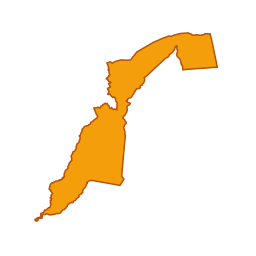 Igembe Central, Eastern, Kenya, rotated 97°
{"feature_id": "3690345B70498422733273", "entity_name": "Igembe Central", "entity_type": "district", "adm_level": 2, "iso_a3": "KEN", "parent_name": "Kenya", "parent_adm1": "Eastern", "projection": "orthographic", "projection_center": [38.046, 0.325], "detail": "fine", "context": "isolated", "style": "filled", "palette": "amber", "viewbox_px": 256, "rotation_deg": 97, "n_neighbors": 0, "source": "geoboundaries", "source_scale": "gbopen_adm2", "svg_char_len": 5931}
<svg xmlns="http://www.w3.org/2000/svg" viewBox="0 0 256 256"><g transform="rotate(97 128 128)"><path d="M179.3,125.9L178.8,126.1L176.7,128.4L147.8,129.4L135.5,129.7L134.5,130.4L133.1,130.4L132.0,130.6L128.1,132.4L125.1,131.6L123.6,130.3L122.5,130.5L121.2,132.0L120.4,132.1L119.3,133.7L118.7,134.3L116.9,133.8L115.7,132.7L113.3,131.7L112.8,131.3L111.6,131.1L110.8,130.9L110.5,131.0L109.8,131.0L107.7,131.6L106.8,131.6L106.0,131.0L104.7,129.4L104.2,129.2L103.6,128.7L103.2,128.7L102.4,131.5L102.0,132.1L101.7,132.9L101.3,132.8L101.1,132.5L100.8,132.7L99.8,132.1L100.0,131.8L99.4,131.7L98.3,131.0L97.7,129.2L97.2,128.5L94.7,127.4L93.3,126.4L92.5,126.3L91.4,126.4L91.2,126.1L91.3,125.8L91.0,125.4L90.5,125.5L90.2,125.3L89.5,125.1L89.0,124.5L88.1,124.3L87.8,124.0L87.7,122.5L87.3,121.6L86.8,121.3L86.7,120.8L86.3,120.6L85.1,121.0L84.0,120.3L83.7,119.8L83.7,119.2L82.7,119.0L80.9,117.8L78.5,117.3L77.1,117.5L76.8,117.9L76.4,118.1L75.2,117.5L74.8,116.5L53.8,98.9L53.4,97.7L53.1,97.6L52.7,96.9L51.6,96.1L50.6,96.0L50.3,96.0L50.0,95.9L49.6,95.1L48.0,93.8L47.9,93.5L47.5,93.0L46.5,92.7L45.9,92.2L45.4,92.1L45.2,91.7L44.0,91.3L42.8,91.4L42.6,91.0L42.3,90.8L40.7,90.4L40.5,90.2L40.5,89.6L41.0,89.1L42.5,89.3L43.1,89.2L44.2,88.9L44.9,88.1L45.2,88.1L48.7,88.6L49.6,88.6L51.2,87.7L53.3,84.9L54.4,84.3L55.8,83.5L57.0,83.4L57.9,83.1L59.1,82.3L59.9,81.4L61.1,81.1L63.5,80.7L60.8,67.7L58.9,57.4L57.5,51.0L56.9,46.7L32.4,55.0L24.5,58.0L24.7,58.8L25.1,59.2L25.0,59.9L24.7,60.5L25.0,62.9L25.1,63.2L25.9,63.9L26.3,64.6L26.5,65.0L26.5,65.6L27.0,66.8L27.3,69.0L27.1,69.4L27.1,71.7L27.9,73.3L27.7,76.1L26.9,77.1L26.9,78.8L26.3,79.4L26.3,79.9L27.8,87.5L30.2,93.6L31.7,96.1L31.8,97.2L31.6,98.2L34.6,104.3L40.0,113.4L51.5,128.5L60.0,133.6L60.9,137.3L61.2,143.0L63.7,149.2L65.5,151.5L64.5,153.5L66.0,156.8L70.6,154.5L71.7,154.4L71.8,154.7L73.1,154.6L73.1,153.8L75.0,153.7L77.5,152.6L78.2,153.5L79.1,153.3L81.2,155.3L81.5,155.0L81.9,155.4L82.9,153.8L84.0,152.8L84.8,151.4L84.9,150.5L85.2,150.6L85.4,150.8L86.2,152.6L87.1,152.2L88.0,151.6L89.3,150.4L89.6,150.6L90.4,152.1L91.2,153.1L91.5,153.1L92.1,152.9L93.9,151.2L94.5,151.3L96.8,152.3L97.2,151.8L97.1,151.4L96.5,150.2L98.1,148.8L98.6,148.3L98.7,147.8L99.5,147.0L99.0,145.5L100.1,144.1L100.5,144.1L102.1,143.5L103.0,143.1L103.6,142.5L104.0,141.9L111.1,141.4L111.0,141.6L110.8,143.7L111.2,144.0L111.5,144.2L111.3,144.9L109.9,146.7L110.7,146.9L110.4,148.6L108.9,149.4L108.3,149.8L107.6,150.7L106.7,151.2L106.5,151.5L106.3,151.9L106.3,152.3L106.7,152.8L106.6,153.1L106.2,153.6L108.1,155.9L108.5,156.0L108.9,156.3L109.3,157.3L110.4,157.7L110.9,157.8L111.5,158.1L111.6,158.4L111.1,159.5L111.1,160.2L111.1,160.6L111.9,162.2L112.1,163.0L112.1,164.1L112.4,164.3L114.4,163.1L118.5,161.0L119.3,159.9L119.6,159.6L120.3,159.6L121.3,159.9L122.2,160.4L122.3,160.7L123.4,161.7L123.9,162.5L124.8,163.0L125.3,163.7L126.2,164.4L127.1,165.7L127.8,165.7L129.0,166.1L129.2,166.9L129.5,167.3L130.1,167.5L130.3,167.8L131.4,170.2L131.4,170.8L131.6,171.1L132.6,171.8L133.3,172.0L133.4,172.3L134.1,172.6L134.8,173.4L135.2,173.2L136.2,173.4L136.6,173.2L137.1,173.2L138.0,173.8L139.2,174.0L139.5,174.2L141.2,174.6L141.4,174.7L141.8,175.4L142.1,175.2L142.4,174.6L143.1,174.5L144.1,174.2L144.6,174.2L146.5,174.8L148.0,175.0L149.3,175.8L149.8,176.5L150.5,176.8L151.4,176.8L152.7,177.3L153.4,176.9L154.0,176.9L155.0,177.1L155.3,177.3L155.6,177.2L156.5,177.8L157.1,177.9L157.5,178.2L158.1,179.4L158.4,179.6L158.7,179.8L160.4,179.8L161.4,180.6L163.2,181.0L163.6,180.6L164.0,180.6L164.7,180.2L166.3,180.1L167.1,179.8L167.4,180.5L169.1,181.1L169.5,181.9L170.6,182.0L171.4,182.3L172.3,182.3L172.6,182.6L173.3,182.9L175.0,182.7L175.1,183.0L176.7,183.6L177.3,184.5L178.0,185.1L179.3,185.0L180.5,185.7L181.7,185.7L183.4,185.5L184.1,185.2L184.4,185.4L184.7,186.3L185.4,186.2L185.7,186.3L185.6,186.7L185.8,187.1L186.6,187.0L186.8,187.7L187.5,187.9L187.8,188.4L187.5,188.8L187.6,189.2L188.2,189.4L188.5,189.8L188.3,190.1L188.6,190.4L189.2,191.5L189.4,192.9L190.1,193.7L190.9,195.2L191.4,195.7L191.6,196.0L191.5,196.6L192.2,196.9L192.8,197.9L193.5,198.2L194.0,198.3L195.0,198.2L195.5,198.6L196.7,198.5L197.4,198.8L198.6,198.7L198.8,198.2L199.1,197.8L199.0,197.5L199.0,197.1L199.2,196.9L200.4,196.9L201.3,195.6L201.9,195.3L202.2,195.0L202.7,195.1L203.7,196.0L204.0,196.1L204.3,196.2L204.9,195.8L205.8,195.8L206.6,196.6L207.1,196.5L207.1,195.7L207.3,195.4L208.2,195.3L208.6,195.2L209.3,195.7L209.1,196.1L209.3,196.3L210.9,195.9L212.3,195.8L213.4,195.1L214.3,195.5L215.9,195.6L216.5,195.9L216.7,196.2L216.8,197.2L218.1,198.0L218.7,198.8L218.7,199.1L219.4,199.6L219.6,199.9L219.5,200.4L219.7,200.7L222.3,201.6L222.5,202.5L223.0,203.0L223.2,203.7L223.6,204.1L223.9,204.3L224.3,204.3L224.9,203.9L225.9,203.8L226.2,203.6L226.7,203.7L227.0,203.9L228.2,206.9L228.5,207.3L229.8,208.3L229.7,208.7L229.9,209.0L230.6,209.3L231.5,207.9L231.5,207.2L231.2,206.6L230.5,206.1L229.9,206.2L228.9,205.9L228.3,204.8L228.3,203.7L228.1,203.4L228.0,202.6L227.4,202.4L225.1,202.2L224.7,202.1L224.3,201.3L224.1,200.0L223.9,199.6L223.4,199.2L223.2,197.9L223.3,197.0L223.8,195.3L223.5,193.8L223.2,192.3L222.8,191.5L222.7,190.8L221.6,188.4L221.6,187.3L221.3,186.1L220.5,184.7L219.9,184.3L219.3,184.2L218.9,183.7L217.2,182.9L216.9,181.5L216.2,181.2L215.6,180.3L215.3,180.0L214.5,179.9L213.7,179.1L213.0,178.7L212.6,178.9L212.1,178.7L210.3,177.2L210.0,176.8L209.4,176.4L208.9,175.4L208.8,174.7L209.0,174.5L208.7,173.5L208.5,173.3L207.8,173.2L207.2,172.9L206.9,172.6L206.2,171.4L205.5,170.9L205.0,170.8L204.8,170.5L203.3,169.5L203.0,169.1L202.9,168.7L201.9,168.2L201.4,168.6L200.7,168.5L199.2,166.3L198.2,165.9L198.0,165.6L197.7,165.5L197.5,165.1L196.2,165.3L195.8,165.2L195.4,165.3L194.7,164.9L194.2,164.9L193.2,164.0L191.5,162.9L189.3,162.4L188.8,162.1L188.5,162.1L188.2,162.0L188.0,161.7L187.7,161.6L187.3,162.2L187.0,162.2L186.2,161.3L185.6,160.5L185.1,160.0L185.0,159.7L184.5,158.7L184.5,155.6L185.9,128.9L179.3,125.9Z" fill="#f59e0b" stroke="#b45309" stroke-width="1.5"/></g></svg>